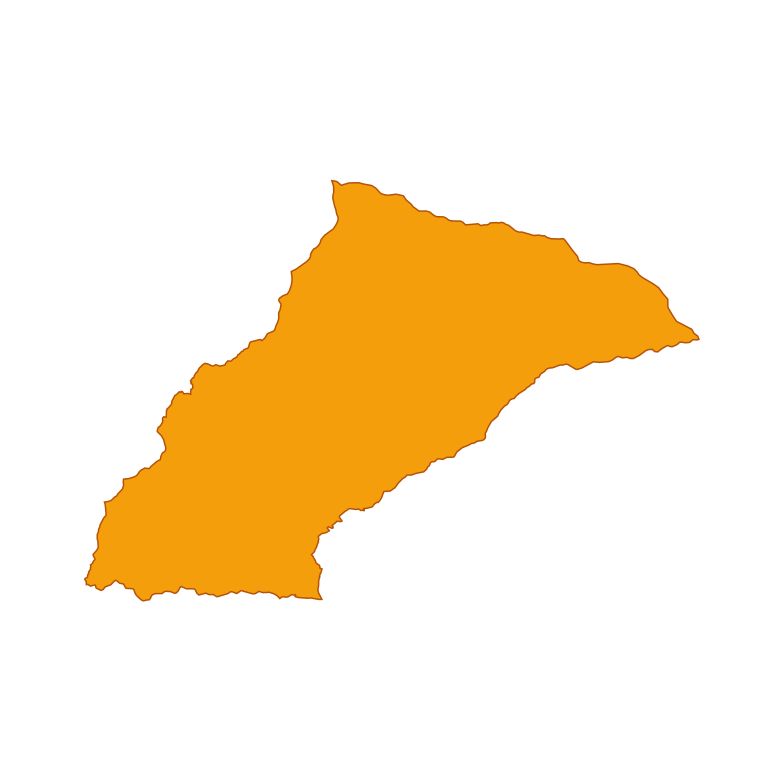 outline of Hodac, Mures, Romania, rotated 354°
{"feature_id": "2599482B70822434260809", "entity_name": "Hodac", "entity_type": "district", "adm_level": 2, "iso_a3": "ROU", "parent_name": "Romania", "parent_adm1": "Mures", "projection": "orthographic", "projection_center": [24.985, 46.821], "detail": "fine", "context": "isolated", "style": "filled", "palette": "amber", "viewbox_px": 768, "rotation_deg": 354, "n_neighbors": 0, "source": "geoboundaries", "source_scale": "gbopen_adm2", "svg_char_len": 6122}
<svg xmlns="http://www.w3.org/2000/svg" viewBox="0 0 768 768"><g transform="rotate(354 384 384)"><path d="M695.8,361.8L681.6,352.4L679.0,347.7L674.7,338.3L674.4,336.9L675.1,329.4L670.8,323.2L667.3,317.1L662.5,312.8L651.8,304.9L649.0,302.1L647.5,299.1L644.7,295.6L638.6,292.0L629.6,288.7L608.2,287.6L604.3,286.4L600.7,284.8L596.3,284.5L593.3,283.6L591.0,282.1L590.4,280.8L589.7,277.2L585.6,271.1L579.0,259.8L577.5,258.2L573.4,258.1L565.4,257.0L561.3,255.2L559.3,253.4L556.9,253.2L554.0,252.2L548.3,251.9L537.4,247.4L533.9,247.0L530.7,245.3L524.8,239.4L521.6,237.8L519.9,236.3L517.0,235.4L515.8,236.0L513.1,235.3L507.1,234.9L506.1,235.0L504.8,236.1L502.8,236.5L499.5,236.2L496.9,236.6L494.3,234.5L481.9,234.3L479.0,231.1L477.1,230.0L468.2,228.9L465.7,227.9L463.0,225.4L460.6,224.0L453.8,223.1L451.2,221.5L447.6,217.9L444.1,216.4L436.9,215.7L431.5,210.8L429.8,208.0L425.3,203.3L423.1,199.1L422.3,198.6L415.8,196.5L408.4,196.7L405.7,196.3L401.7,194.8L400.1,193.5L396.3,188.3L392.4,185.3L384.3,182.9L379.9,181.2L370.0,180.4L362.2,181.9L358.8,178.2L357.5,177.4L353.4,176.3L354.5,181.9L354.1,188.1L353.2,190.1L352.5,193.8L353.5,201.9L354.4,206.3L354.7,210.2L355.6,212.6L355.7,214.9L355.0,217.3L352.6,221.1L349.9,224.4L340.8,229.7L336.6,233.7L335.4,236.6L333.5,239.2L330.7,241.5L328.5,242.2L326.7,244.0L324.9,246.6L323.9,250.2L322.7,251.9L319.7,254.3L308.8,260.5L303.5,262.5L303.7,267.9L303.2,272.2L302.0,276.4L299.5,281.6L297.3,284.4L292.7,285.7L289.1,287.7L288.3,289.0L288.2,290.5L289.8,293.5L289.8,294.7L288.5,299.1L286.7,302.1L286.1,308.1L284.7,311.5L283.2,313.8L280.7,319.2L278.7,320.2L274.0,321.5L272.9,322.3L270.3,325.9L267.3,328.0L266.7,328.0L266.2,327.1L265.3,326.8L255.8,328.2L254.8,329.1L252.9,333.6L252.1,334.2L248.5,335.1L247.3,336.5L245.8,336.8L242.9,339.3L242.0,339.5L240.5,341.7L236.6,343.4L234.5,345.0L233.7,345.3L231.1,344.7L229.1,346.5L228.4,347.3L228.1,348.4L222.6,349.1L218.8,347.2L216.3,348.2L215.2,348.2L210.6,345.5L208.1,344.8L205.8,345.8L201.8,349.0L199.8,352.1L198.1,353.4L196.0,356.2L195.7,357.7L194.3,358.0L191.9,360.6L192.9,362.0L192.0,362.7L192.2,363.5L193.5,364.4L193.5,367.9L192.4,368.8L191.5,369.0L190.7,372.6L190.7,374.0L187.9,372.9L183.9,372.8L182.8,370.6L181.7,370.2L181.0,371.1L179.6,370.3L176.7,372.7L174.8,373.6L171.0,379.3L171.0,380.8L170.2,382.2L167.2,385.1L165.7,386.0L165.7,386.6L165.0,387.3L163.9,394.3L161.6,393.6L160.2,394.7L160.0,398.4L158.0,401.3L156.0,403.2L155.1,403.3L153.6,406.7L153.6,407.7L157.2,412.1L159.0,416.2L160.3,424.5L159.8,427.0L159.1,428.1L156.7,429.3L155.5,430.8L154.5,432.9L153.6,435.8L149.7,437.4L143.6,441.7L142.1,443.3L140.9,443.5L137.4,442.6L133.3,444.3L131.4,445.8L129.0,448.8L126.6,450.1L120.3,451.4L115.0,451.4L114.4,454.3L114.5,457.2L113.2,460.5L112.5,461.5L107.5,465.7L106.9,467.1L104.3,468.3L100.5,471.3L97.5,472.0L93.6,472.2L94.1,474.5L94.1,483.9L93.7,485.7L91.1,488.1L86.9,494.5L86.6,495.9L84.9,498.9L84.6,501.0L83.1,503.7L82.6,508.0L83.0,510.8L82.7,516.8L80.9,519.4L77.0,522.9L76.9,524.3L78.0,527.0L78.3,528.0L78.0,528.6L76.6,529.7L75.0,532.2L73.2,533.2L73.4,535.0L72.8,536.3L72.9,537.4L70.6,540.1L70.5,541.8L69.5,542.5L69.0,544.8L68.0,545.7L66.6,546.0L66.2,546.4L66.1,547.4L67.2,549.2L67.0,552.4L68.3,552.3L71.2,554.4L74.1,553.7L75.7,553.8L76.0,554.1L76.2,556.3L76.7,557.1L81.0,559.7L83.3,559.0L85.4,556.7L91.3,555.1L95.7,551.5L97.1,551.3L100.3,554.5L104.0,555.7L106.0,560.2L112.4,561.3L113.6,562.1L114.7,566.3L115.7,568.4L119.6,572.9L121.3,574.2L122.4,574.5L125.6,574.0L128.0,574.1L129.2,572.9L130.9,569.9L133.1,568.9L134.8,568.6L141.3,569.2L144.1,567.5L145.9,567.4L150.1,568.2L153.7,570.2L155.4,570.1L157.3,568.8L160.2,564.7L161.0,564.2L166.1,567.0L172.8,567.7L174.2,568.3L174.9,569.3L176.1,572.6L177.9,574.5L184.8,573.4L188.2,575.2L192.3,575.6L195.2,577.9L196.2,578.1L206.9,576.1L209.7,574.6L211.4,574.8L215.4,576.9L216.1,576.8L220.2,574.5L231.4,578.9L233.8,579.1L238.0,577.2L241.7,578.8L248.4,579.2L252.7,581.2L255.6,583.3L258.0,586.5L260.5,584.9L264.8,585.8L266.5,585.6L270.3,583.8L272.9,584.6L273.6,584.2L274.1,584.5L273.9,585.7L273.3,585.6L273.3,586.1L276.5,587.4L285.7,589.1L288.7,589.1L296.9,591.5L299.7,591.7L297.0,584.6L296.8,581.3L297.8,578.1L298.6,572.2L300.0,569.2L299.6,568.8L300.9,565.8L301.3,565.7L303.0,561.4L300.9,560.3L301.1,558.9L300.8,557.5L297.9,555.2L297.0,551.7L295.9,549.7L295.5,548.1L294.0,546.3L297.4,543.4L298.1,541.6L299.8,539.3L301.4,535.5L302.2,534.6L302.2,533.3L302.9,531.7L302.8,528.6L306.3,526.3L310.8,525.8L314.3,524.2L312.5,521.3L313.8,520.1L317.0,522.0L318.0,522.0L318.4,521.6L318.4,521.0L317.5,519.5L323.0,515.6L326.3,516.3L327.7,516.2L327.9,515.8L325.8,512.1L325.8,510.7L331.5,506.9L336.3,504.4L337.3,504.4L343.5,505.9L345.7,505.7L347.8,507.4L349.8,507.4L350.9,507.9L351.4,507.2L350.6,506.1L351.0,505.7L354.5,505.8L359.6,504.9L361.7,502.5L364.7,500.9L365.8,501.2L368.0,499.1L370.0,496.3L372.3,491.4L372.8,490.9L378.9,491.1L383.9,488.4L388.0,483.9L392.7,480.0L395.2,478.9L397.4,477.0L401.9,477.4L406.2,476.3L414.4,475.5L417.7,473.0L418.3,471.6L420.7,469.7L421.9,467.2L423.1,466.5L426.5,466.4L429.2,464.2L431.2,464.2L434.6,465.1L438.9,463.5L445.3,464.0L446.5,463.3L449.2,459.3L455.4,455.4L461.6,453.7L464.8,452.3L467.8,452.1L470.8,450.6L475.9,450.4L477.6,449.7L478.9,448.5L479.4,447.1L479.4,444.4L479.7,443.3L480.9,441.9L482.7,438.3L484.8,435.4L486.9,432.5L493.5,428.0L495.4,424.8L497.5,422.1L501.9,418.3L504.1,417.4L505.1,416.5L507.5,413.2L509.8,412.2L512.0,412.0L514.4,409.5L517.5,407.4L523.6,404.4L525.7,402.6L528.3,401.4L530.7,399.5L533.0,399.2L534.0,398.2L534.3,395.5L535.2,394.3L536.6,393.7L538.6,393.6L540.9,390.4L544.9,388.3L546.6,386.6L548.1,385.8L550.3,385.4L553.3,385.5L561.2,383.5L563.7,383.9L567.1,383.2L569.0,383.9L576.3,389.4L577.7,389.7L582.4,388.8L594.5,383.8L600.4,385.0L610.1,385.2L613.9,383.9L617.8,381.5L619.9,381.1L623.8,382.9L628.4,382.9L631.7,384.4L634.7,384.7L640.6,382.4L648.3,378.0L650.9,377.4L654.5,377.7L656.6,380.0L659.5,380.7L664.2,377.8L669.4,375.6L670.7,375.6L673.2,376.9L674.8,377.0L679.5,375.5L682.8,373.2L688.2,374.5L691.2,374.6L692.6,374.4L695.8,372.2L700.5,372.9L701.9,372.5L701.0,369.2L697.6,366.0L695.8,361.8Z" fill="#f59e0b" stroke="#b45309" stroke-width="1.5"/></g></svg>